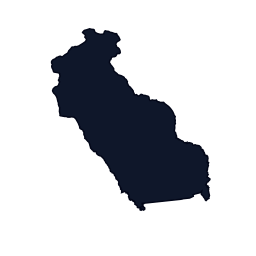 Pradera, Valle del Cauca, Colombia, rotated 234°
{"feature_id": "7082276B33285563238152", "entity_name": "Pradera", "entity_type": "district", "adm_level": 2, "iso_a3": "COL", "parent_name": "Colombia", "parent_adm1": "Valle del Cauca", "projection": "orthographic", "projection_center": [-76.213, 3.422], "detail": "fine", "context": "isolated", "style": "filled", "palette": "ink", "viewbox_px": 256, "rotation_deg": 234, "n_neighbors": 0, "source": "geoboundaries", "source_scale": "gbopen_adm2", "svg_char_len": 5699}
<svg xmlns="http://www.w3.org/2000/svg" viewBox="0 0 256 256"><g transform="rotate(234 128 128)"><path d="M227.3,107.5L226.9,105.6L226.5,105.1L225.5,104.4L223.6,104.1L223.2,103.0L222.5,102.4L221.2,101.9L219.9,101.8L217.6,101.0L216.8,101.0L214.2,103.6L212.8,104.6L212.0,104.6L211.1,103.9L210.3,103.8L209.8,103.4L209.1,102.0L208.2,101.2L207.6,99.9L207.1,99.7L205.6,99.9L203.7,97.3L203.1,95.5L203.9,93.6L204.0,92.5L203.6,90.4L202.5,88.9L202.0,88.7L200.0,88.4L198.7,88.7L196.7,88.8L194.2,88.4L190.7,86.9L189.2,86.5L187.8,85.5L185.8,84.9L184.7,84.8L181.6,82.2L179.0,81.1L178.1,80.3L177.7,80.5L174.4,83.7L173.6,84.9L172.3,85.6L170.9,87.5L170.3,88.9L168.6,90.6L168.2,90.8L166.1,91.2L161.3,90.7L157.4,89.7L156.9,89.3L156.1,89.0L155.4,89.1L153.2,90.2L152.3,90.2L151.6,89.9L150.7,90.0L148.6,88.5L146.9,88.2L145.8,87.7L145.0,87.0L144.1,87.4L140.7,87.7L139.4,88.1L138.9,87.8L138.3,87.8L135.6,86.7L134.8,86.6L134.0,86.0L133.4,86.0L131.4,86.2L130.5,86.6L130.0,86.4L128.8,86.7L128.2,87.7L127.3,88.4L126.3,87.8L125.3,87.6L123.6,88.0L122.4,88.7L121.2,89.7L117.5,90.3L116.5,90.3L115.6,90.0L114.3,90.1L112.9,89.7L111.4,90.1L110.5,89.8L110.1,90.0L109.5,89.8L108.6,90.0L106.7,89.4L105.7,89.6L105.1,89.4L104.5,88.9L103.1,88.4L102.0,89.0L101.6,89.1L101.1,88.9L100.2,89.6L99.5,89.9L99.0,89.7L98.5,89.9L97.7,89.3L95.9,89.5L94.4,88.7L94.0,88.8L93.8,88.6L93.2,89.0L92.9,88.8L92.0,89.1L90.3,89.1L89.3,88.6L88.8,87.9L87.8,87.3L87.0,87.1L86.6,87.3L85.1,87.2L84.7,86.9L84.2,86.8L83.8,87.0L83.2,86.7L83.2,86.4L82.8,86.1L82.2,86.4L81.7,86.5L81.4,86.2L81.0,86.2L80.6,85.7L80.0,85.5L79.5,84.9L79.3,85.4L79.2,86.5L78.8,87.0L78.7,88.1L77.8,88.6L76.6,88.3L76.4,89.1L76.0,89.9L75.7,89.8L75.4,89.1L75.1,89.0L74.7,89.4L72.5,89.0L72.0,88.0L71.3,88.0L70.7,87.6L70.0,87.9L69.3,87.2L68.8,87.6L68.4,87.5L68.0,87.8L67.9,88.5L68.0,88.7L67.6,88.9L67.4,89.2L66.7,89.1L66.3,89.5L65.9,89.1L65.4,89.2L65.3,89.4L65.3,89.9L65.2,90.1L64.2,90.1L63.8,89.7L63.0,89.5L62.4,88.8L60.0,89.7L59.3,89.6L58.4,89.0L57.6,89.3L56.9,90.2L57.0,90.6L56.5,91.6L56.4,91.5L56.5,90.6L55.6,91.2L55.6,90.3L54.7,89.7L54.3,89.8L54.3,90.5L53.7,90.7L53.9,91.1L53.6,91.9L53.0,92.0L52.4,92.4L52.4,92.7L52.7,93.0L52.4,93.6L52.7,93.8L53.2,94.4L53.8,94.6L55.3,93.9L55.4,94.0L55.5,94.3L55.9,94.4L56.1,93.7L56.3,93.6L56.4,94.1L57.5,94.6L57.5,95.5L59.1,94.5L39.5,128.5L38.8,129.9L39.0,130.0L35.1,136.8L34.4,140.7L35.8,141.4L35.3,143.3L33.5,147.8L33.6,150.6L31.9,148.7L31.3,148.4L29.6,148.6L28.8,148.9L28.1,148.6L25.5,148.7L24.6,148.3L24.0,148.3L23.4,148.5L23.4,148.9L23.7,149.9L24.1,150.1L24.2,150.6L23.8,150.8L23.9,151.0L23.5,151.7L23.5,152.2L24.8,152.8L24.8,153.3L25.5,154.2L29.2,155.8L29.6,156.1L30.6,156.4L31.0,157.2L32.0,157.6L32.2,158.2L32.6,157.9L33.1,157.8L33.5,158.3L33.6,157.8L33.8,158.1L34.4,158.1L34.5,157.9L34.7,158.1L35.2,157.8L36.4,157.5L36.6,158.0L36.6,158.6L37.3,159.2L37.8,160.1L37.4,160.9L37.9,162.6L37.9,163.3L38.5,164.3L40.7,163.7L41.5,163.0L43.0,164.5L43.1,165.4L43.9,165.4L45.3,166.3L46.2,166.1L47.1,166.4L47.2,166.7L47.1,167.1L47.6,167.3L47.8,168.0L48.5,168.4L49.0,169.2L49.5,169.5L50.3,170.9L51.8,171.5L52.5,172.8L53.1,172.7L53.5,172.1L53.7,172.6L54.5,172.5L54.7,173.2L55.1,173.4L56.4,174.8L58.3,175.7L59.4,175.6L59.5,175.3L59.4,174.9L60.1,174.9L60.7,174.6L61.4,173.9L61.6,174.0L61.6,174.6L63.3,175.2L63.6,174.9L64.9,175.5L65.4,175.0L66.0,175.7L66.5,175.7L66.9,175.6L67.3,174.7L68.3,174.9L69.5,175.6L71.9,175.1L74.0,173.0L75.0,172.4L75.6,170.6L76.7,170.6L77.6,170.8L78.9,170.0L80.2,168.8L80.2,168.5L80.6,168.0L80.5,167.3L80.6,167.0L81.0,166.8L81.1,166.5L81.6,167.0L81.6,166.3L81.8,166.2L81.8,166.4L82.1,166.4L82.9,164.9L83.3,164.7L84.7,164.7L85.4,164.5L86.5,163.6L87.8,163.2L89.1,162.0L89.4,162.0L89.6,162.4L90.2,161.8L91.2,161.6L91.8,161.0L92.0,161.3L92.1,161.9L92.6,161.9L92.9,162.5L94.1,162.9L95.2,162.8L95.7,163.6L97.5,163.5L98.5,163.8L100.6,165.9L103.1,167.5L103.7,168.9L105.2,169.5L105.5,169.9L106.5,170.8L108.2,171.4L108.5,171.8L109.0,172.0L109.2,172.6L109.5,172.9L111.3,172.8L112.3,173.2L115.3,173.8L118.8,173.8L121.3,173.5L126.0,172.1L127.7,171.9L128.2,171.5L128.3,170.9L129.4,169.7L129.8,168.9L130.9,168.5L131.7,167.6L132.7,167.3L134.0,167.4L134.3,166.5L135.2,165.2L136.5,164.1L136.8,162.7L137.4,161.9L138.8,162.1L139.8,162.6L140.2,162.9L140.5,162.9L141.1,163.1L142.1,162.8L143.1,161.8L144.0,161.3L144.6,160.3L145.1,160.2L145.3,159.5L146.5,159.2L147.2,158.7L147.6,158.1L147.4,156.3L147.8,155.0L150.0,154.5L150.3,153.7L151.1,152.6L152.0,153.1L154.0,153.4L154.9,154.0L155.7,153.8L156.5,154.1L157.9,153.8L159.4,153.9L161.7,153.2L165.2,153.9L165.8,154.7L167.9,155.0L169.1,154.8L169.9,154.3L171.1,154.6L171.7,154.5L174.2,153.3L176.9,151.2L178.5,151.1L181.9,150.1L183.1,150.3L184.5,151.3L188.1,151.3L189.2,151.1L189.9,151.3L191.7,151.3L192.0,151.5L193.5,153.1L193.5,154.3L194.9,156.2L194.5,157.6L193.7,158.9L193.4,160.0L193.5,160.7L194.6,163.0L193.3,164.7L193.3,165.2L193.5,166.0L195.1,166.9L197.1,167.4L198.9,167.1L200.2,166.3L201.4,166.9L202.8,167.2L203.6,168.1L204.1,169.4L204.2,170.1L203.9,172.6L204.2,173.4L207.3,174.0L209.6,173.8L210.4,174.2L211.4,173.9L211.6,173.5L211.7,172.8L212.2,172.7L214.6,171.1L216.2,169.6L217.4,169.2L218.2,168.5L218.3,168.1L220.0,166.7L220.0,166.3L219.8,165.6L218.4,163.7L218.8,162.6L220.1,160.6L222.3,158.8L224.0,157.9L225.3,157.6L227.3,158.3L227.9,158.1L229.6,156.2L230.8,155.3L231.8,152.1L232.5,150.4L232.6,149.8L232.1,147.5L231.0,147.5L228.9,148.2L228.1,148.1L226.8,146.5L225.1,146.7L223.7,146.3L222.9,144.2L222.9,141.6L223.3,136.3L224.0,134.3L225.1,133.0L225.2,132.0L225.5,131.4L226.0,130.9L226.4,129.7L225.9,129.1L225.3,125.6L224.3,123.9L224.0,123.0L224.3,119.9L224.1,117.0L224.3,116.3L225.7,115.6L226.3,114.6L226.6,112.9L227.0,112.0L226.8,109.5L227.3,107.5Z" fill="#0f172a" stroke="#020617" stroke-width="1.5"/></g></svg>